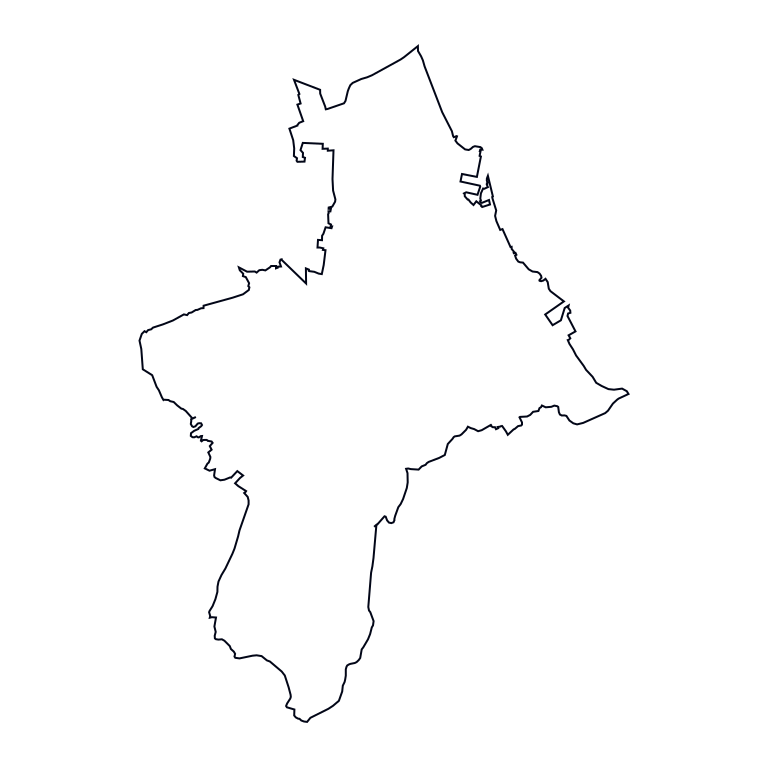 Kota Cirebon, Jawa Barat, Indonesia (orthographic projection)
{"feature_id": "22746128B80288264799633", "entity_name": "Kota Cirebon", "entity_type": "district", "adm_level": 2, "iso_a3": "IDN", "parent_name": "Indonesia", "parent_adm1": "Jawa Barat", "projection": "orthographic", "projection_center": [108.552, -6.744], "detail": "fine", "context": "isolated", "style": "outline", "palette": "ink", "viewbox_px": 768, "rotation_deg": 0, "n_neighbors": 0, "source": "geoboundaries", "source_scale": "gbopen_adm2", "svg_char_len": 6108}
<svg xmlns="http://www.w3.org/2000/svg" viewBox="0 0 768 768"><path d="M618.6,398.6L628.5,394.0L626.8,391.2L622.1,388.6L614.0,389.7L608.4,389.1L601.5,385.9L596.2,382.8L592.6,376.8L586.1,369.9L583.7,365.9L576.1,355.5L573.0,349.4L569.5,344.0L567.8,340.1L568.8,339.8L570.3,338.3L568.6,335.3L575.5,331.4L567.5,316.0L568.1,313.5L570.4,312.8L570.2,310.5L568.1,307.7L568.6,305.5L564.7,308.0L560.9,320.3L552.6,325.2L545.2,314.5L563.9,301.4L550.5,291.2L548.8,288.7L547.7,282.1L545.5,278.8L543.4,280.5L541.1,281.2L539.6,280.8L539.4,280.2L541.5,277.7L541.1,275.8L539.6,273.6L537.5,272.1L532.5,271.5L528.7,269.3L523.0,262.6L520.1,262.3L518.3,261.6L516.1,258.6L515.1,255.6L516.4,254.8L515.5,252.9L513.9,253.3L513.6,252.7L514.2,252.0L511.7,249.0L511.6,246.8L510.5,247.0L502.5,229.1L500.2,229.9L496.4,221.1L495.1,215.9L496.2,210.4L492.5,198.5L492.2,197.0L492.9,196.5L487.9,175.8L486.9,178.4L486.8,180.4L487.5,182.8L486.9,183.3L487.3,184.1L486.8,184.6L487.9,187.1L484.2,188.8L483.1,188.5L480.9,193.4L480.3,198.6L480.9,200.4L480.0,201.2L480.5,202.1L481.8,202.9L489.0,200.0L490.0,204.5L482.2,207.0L481.2,206.1L481.4,205.4L476.3,201.3L473.5,205.0L470.7,202.5L468.4,199.5L467.7,199.6L464.8,196.3L464.7,194.2L464.0,193.4L466.2,192.3L477.5,194.8L480.2,186.7L479.9,185.7L460.5,181.5L462.0,174.0L476.9,176.9L480.9,156.5L479.6,155.9L480.5,151.4L479.8,151.2L480.2,149.7L482.4,149.7L481.8,148.2L480.4,147.1L474.9,146.2L473.0,146.9L470.6,149.0L468.7,150.0L465.1,149.4L457.5,143.4L455.4,140.6L457.0,136.3L456.5,136.1L453.8,137.2L453.1,136.1L451.9,131.2L442.2,112.2L424.6,66.4L422.9,60.4L421.1,56.3L418.0,51.0L417.9,46.1L404.0,57.2L400.6,59.5L371.9,75.3L367.1,77.3L361.3,79.0L352.7,82.9L350.3,85.2L348.8,88.5L347.8,91.2L345.5,100.9L344.0,103.3L327.4,109.0L325.8,109.3L325.2,106.6L320.2,93.6L320.1,89.8L294.0,79.8L299.4,94.0L298.3,94.9L300.6,103.5L297.4,104.6L303.2,121.2L299.2,122.8L297.2,125.3L297.3,125.6L289.4,128.6L293.2,140.2L294.2,148.4L293.9,156.0L297.0,158.2L296.6,160.7L297.4,161.8L304.5,161.6L305.0,157.8L302.8,157.0L303.0,152.9L300.5,150.1L302.8,142.9L322.8,143.8L322.6,148.8L327.8,148.6L327.8,150.7L333.5,150.3L332.5,179.1L333.1,190.6L335.4,199.4L335.1,201.7L332.3,206.6L328.7,207.5L328.6,208.8L330.9,208.8L330.4,211.4L328.5,211.3L328.6,213.4L328.1,214.2L328.5,223.3L331.0,224.5L330.6,226.3L332.1,226.4L331.5,228.2L325.6,227.3L323.4,233.8L322.1,235.7L322.0,240.2L318.0,239.9L317.5,247.5L319.6,247.5L323.3,248.3L322.9,249.9L325.5,250.2L323.7,265.0L321.8,274.1L318.7,273.6L314.3,271.8L309.1,271.1L308.7,270.7L308.9,269.6L305.9,268.4L306.1,283.5L281.9,260.1L281.7,259.3L280.5,259.6L279.5,262.3L281.0,266.5L277.7,266.7L277.7,267.7L276.0,268.3L276.0,266.0L271.1,266.0L270.0,267.3L265.4,270.4L262.3,269.8L259.3,270.2L256.6,272.6L254.8,271.5L247.1,271.7L238.9,267.4L239.8,270.3L243.2,273.7L242.9,276.1L245.8,277.1L249.1,283.2L248.3,286.1L249.4,287.3L248.8,290.0L243.0,294.3L232.6,297.7L203.6,305.7L203.5,308.1L201.0,308.3L197.4,309.9L195.7,310.0L191.6,312.5L188.9,313.0L187.1,315.1L183.9,314.4L172.9,320.5L162.9,324.4L153.0,327.6L151.2,329.3L148.1,330.1L146.3,332.2L144.5,331.2L141.8,333.9L139.5,340.6L141.3,349.0L142.8,369.3L152.2,375.2L156.6,386.8L158.9,390.3L161.9,397.3L163.4,399.9L163.6,399.7L168.5,400.0L170.2,401.2L173.7,402.0L177.2,405.4L181.3,408.6L183.0,409.0L185.8,411.0L192.5,418.5L195.9,417.0L191.1,419.3L191.3,420.8L190.8,424.0L192.1,426.3L193.4,427.0L195.4,426.3L197.7,423.6L199.1,423.2L201.1,423.3L202.0,425.0L201.2,426.2L198.6,428.1L198.3,429.0L194.2,430.8L191.0,433.2L190.8,435.9L192.5,437.2L194.2,437.3L196.6,436.3L197.7,437.2L198.8,437.4L200.8,436.1L202.0,436.0L200.9,440.7L201.6,441.3L203.2,440.0L206.3,439.9L207.4,440.3L207.7,440.8L211.6,441.5L212.6,442.9L209.8,446.1L211.6,449.7L208.3,452.4L210.4,457.0L210.2,458.7L208.8,462.5L207.4,463.7L204.8,468.4L209.5,470.7L215.0,469.2L214.1,475.4L214.5,477.0L215.7,478.0L220.4,480.3L224.5,479.7L230.2,477.4L231.1,477.7L237.3,471.1L243.1,475.5L240.0,478.0L235.1,483.3L238.3,486.1L246.1,491.1L245.5,492.0L244.2,493.0L247.7,496.9L248.6,500.5L248.6,504.3L239.5,530.4L238.1,536.4L234.5,548.6L232.4,553.8L225.4,568.5L221.5,575.0L218.5,581.5L217.5,586.7L217.4,591.9L215.4,599.2L212.6,606.1L209.6,610.9L209.1,612.2L210.2,616.0L209.8,617.7L211.9,617.2L216.0,617.5L214.4,626.5L215.7,631.9L214.7,635.8L214.9,638.4L215.9,639.2L218.4,639.6L221.9,639.3L224.4,640.7L229.8,646.1L230.9,649.0L233.8,651.6L235.1,653.8L234.5,656.6L235.3,657.8L239.5,658.4L252.5,655.7L256.6,655.3L261.6,656.1L266.9,660.4L269.9,661.5L281.7,671.5L284.8,675.5L288.6,687.2L290.6,694.8L290.8,696.9L290.3,698.5L287.1,703.5L286.1,706.0L286.9,707.3L294.4,709.5L294.2,715.5L295.8,717.4L298.2,718.7L299.5,718.8L301.3,720.5L304.0,721.5L307.1,721.9L310.4,717.8L328.4,708.8L333.0,705.8L338.9,700.8L342.2,691.5L342.8,685.7L344.6,682.0L345.2,679.4L345.8,675.6L345.8,669.3L346.5,666.8L347.2,665.5L348.8,664.5L350.3,663.9L354.8,663.0L356.6,662.1L358.7,660.1L360.2,658.0L361.7,649.4L363.3,647.3L368.0,639.3L370.1,634.1L371.8,627.4L373.0,625.4L373.6,621.1L370.3,612.2L369.0,610.5L368.3,607.0L371.1,572.7L372.4,566.3L373.5,558.0L376.4,524.9L374.1,526.8L376.4,524.8L377.2,524.6L384.5,516.3L385.7,516.7L387.1,520.4L389.0,522.6L391.3,523.1L393.5,522.3L394.5,520.0L394.3,519.2L395.2,515.8L398.3,507.2L400.7,504.0L403.1,499.0L406.8,488.0L407.7,482.4L407.5,473.1L406.1,468.8L408.2,468.5L410.8,469.1L418.6,469.6L421.7,466.4L425.6,464.8L426.8,463.2L428.7,461.9L439.2,457.9L444.8,455.0L447.8,444.0L452.4,439.0L453.7,437.1L454.7,436.4L459.6,435.6L461.5,434.4L466.1,429.8L467.9,426.7L470.8,428.1L474.2,429.1L478.1,431.2L481.7,430.2L491.6,424.5L490.6,425.8L492.8,427.2L495.0,427.2L496.0,429.2L498.2,428.2L497.7,427.0L500.2,426.6L501.9,425.7L501.7,425.4L505.9,431.3L507.8,434.8L513.7,429.3L514.5,429.1L518.1,426.1L521.2,425.5L522.0,424.6L522.0,422.4L519.5,417.3L520.0,416.9L527.1,416.5L530.2,414.9L533.1,411.8L538.4,411.0L539.5,408.1L541.0,407.2L541.9,405.5L545.7,407.3L551.4,406.8L554.3,405.6L557.2,406.2L558.2,406.9L558.9,412.2L559.9,414.5L561.8,415.5L564.5,415.4L566.4,415.9L569.4,420.5L573.3,423.3L577.1,424.4L583.2,422.9L605.2,413.1L608.0,410.7L612.9,403.6L617.1,399.7L618.6,398.6Z" fill="none" stroke="#020617" stroke-width="2"/></svg>